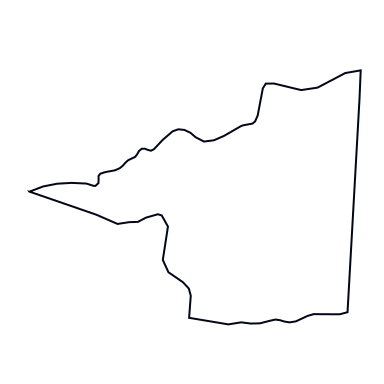 outline of Agusan del Sur, rotated 273°
{"feature_id": "PHL-2588", "entity_name": "Agusan del Sur", "entity_type": "Province", "adm_level": 1, "iso_a3": "PHL", "parent_name": "Philippines", "parent_adm1": "", "projection": "albers", "projection_center": [125.781, 8.604], "detail": "fine", "context": "isolated", "style": "outline", "palette": "ink", "viewbox_px": 384, "rotation_deg": 273, "n_neighbors": 0, "source": "natural_earth", "source_scale": "10m", "svg_char_len": 1128}
<svg xmlns="http://www.w3.org/2000/svg" viewBox="0 0 384 384"><g transform="rotate(273 192 192)"><path d="M183.9,29.6L183.9,29.8L189.7,42.9L193.2,56.8L194.8,71.2L194.9,86.1L193.0,93.4L193.1,95.3L196.0,98.1L199.6,98.1L203.0,97.8L205.5,99.5L207.4,104.6L209.6,113.9L212.0,118.6L214.6,121.5L217.7,123.9L220.4,126.6L224.1,133.4L226.9,135.3L230.0,136.8L232.5,139.4L232.8,142.5L231.7,145.8L231.1,148.9L232.7,151.7L242.6,160.1L251.6,169.5L253.9,175.0L253.6,181.1L251.1,187.3L246.9,192.7L243.0,201.3L244.8,211.2L249.7,221.0L260.0,236.9L261.2,239.3L263.5,248.9L265.8,251.3L271.8,253.6L299.2,257.3L304.1,260.0L304.6,268.2L299.5,295.7L302.8,311.9L318.8,338.8L322.3,354.1L322.2,354.1L293.7,354.4L159.7,353.9L80.1,353.6L77.6,345.9L76.4,319.9L74.3,313.9L68.2,302.4L66.9,296.1L67.5,291.0L68.6,286.5L69.0,281.9L67.5,276.6L64.4,266.7L63.7,257.5L64.4,247.9L61.7,235.2L66.2,195.7L88.4,196.2L95.4,193.9L101.4,187.7L110.6,172.7L122.6,166.4L156.2,169.8L157.8,168.8L167.0,163.0L168.0,159.1L164.0,147.4L159.3,139.5L158.6,130.9L156.2,119.3L164.3,97.7L168.7,82.4L183.8,29.8L183.8,29.7L183.9,29.6Z" fill="none" stroke="#020617" stroke-width="2"/></g></svg>